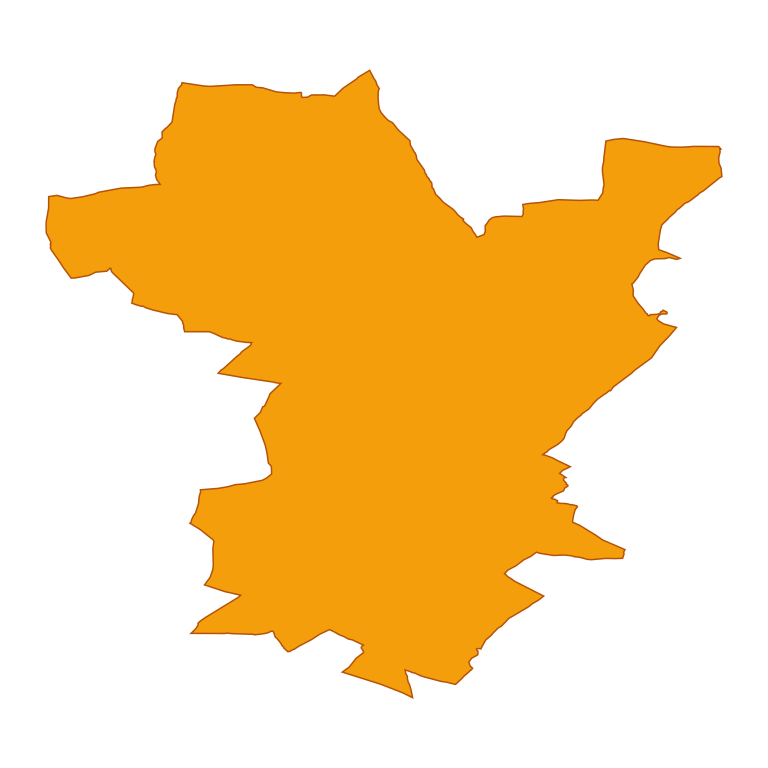 outline of Birkenes nor, Aust-Agder, Norway
{"feature_id": "86288312B11283211528178", "entity_name": "Birkenes nor", "entity_type": "district", "adm_level": 2, "iso_a3": "NOR", "parent_name": "Norway", "parent_adm1": "Aust-Agder", "projection": "equal_earth", "projection_center": [8.204, 58.44], "detail": "fine", "context": "isolated", "style": "filled", "palette": "amber", "viewbox_px": 768, "rotation_deg": 0, "n_neighbors": 0, "source": "geoboundaries", "source_scale": "gbopen_adm2", "svg_char_len": 6072}
<svg xmlns="http://www.w3.org/2000/svg" viewBox="0 0 768 768"><path d="M412.6,697.7L411.1,690.2L409.4,684.3L408.3,682.3L407.5,679.3L407.3,676.2L405.9,673.6L405.1,669.9L410.8,671.8L411.6,672.4L414.9,673.1L420.9,675.9L425.3,677.2L441.5,681.5L445.6,682.0L455.5,684.4L461.9,678.5L463.8,676.3L469.5,671.4L469.8,670.8L471.2,670.0L472.6,668.3L470.9,666.6L470.3,666.4L468.8,662.3L471.5,658.3L477.8,654.8L478.0,651.7L477.8,650.9L476.9,650.3L476.6,648.9L478.3,648.5L480.9,648.9L482.8,645.1L485.8,639.9L491.6,635.0L493.1,633.0L498.5,627.7L501.5,626.1L508.7,618.5L528.8,606.6L532.2,603.8L538.7,600.0L543.7,596.1L514.5,581.2L511.1,578.7L508.0,576.9L505.9,574.7L504.5,573.7L508.0,570.0L516.1,565.7L523.8,559.8L530.6,556.5L536.4,552.2L540.2,553.4L553.7,555.5L563.9,555.0L571.7,555.8L573.9,556.6L579.8,557.3L587.0,559.3L591.2,559.7L605.8,558.4L615.5,558.6L622.6,558.3L624.0,554.1L623.7,552.0L625.0,549.7L602.5,539.9L596.7,535.8L579.6,525.3L572.8,522.3L572.6,520.9L573.7,514.7L575.2,509.6L577.4,506.9L576.8,505.8L571.6,504.6L570.5,504.9L568.7,504.1L565.2,503.5L560.7,503.4L557.0,502.7L557.6,500.8L557.3,500.5L556.3,500.3L555.1,499.3L552.1,498.8L551.5,498.3L551.4,497.9L553.0,496.9L552.8,496.3L555.4,494.5L563.6,490.8L564.7,488.1L567.9,486.1L567.8,485.1L566.2,484.4L566.5,483.4L563.6,480.3L563.4,479.6L564.2,477.8L565.8,477.5L559.6,473.4L562.6,470.4L570.3,466.7L556.1,459.9L553.5,458.3L544.9,455.1L542.8,454.7L544.6,453.2L547.3,451.6L548.1,450.4L549.7,449.2L557.7,444.5L561.8,441.0L564.0,438.5L565.8,433.0L567.0,430.7L571.4,425.8L573.6,421.7L578.0,417.4L580.9,415.3L581.8,414.0L589.1,408.8L593.5,403.3L597.8,399.0L604.3,394.3L606.1,393.3L609.5,390.5L610.4,390.8L613.6,386.7L631.8,373.0L634.8,370.1L651.5,357.9L659.9,345.7L669.5,335.8L676.5,327.5L663.6,323.9L658.3,320.7L656.8,318.6L659.2,315.2L661.7,314.0L665.9,314.0L666.6,313.8L667.2,313.1L667.0,312.4L666.4,311.8L663.0,310.2L662.4,311.1L660.9,311.7L659.6,313.7L657.0,314.3L650.1,314.7L649.4,315.8L647.8,315.3L647.3,314.0L646.0,313.2L643.0,309.0L637.9,303.0L633.2,295.9L633.2,291.3L633.4,290.6L631.9,283.9L633.5,282.8L638.2,276.9L639.7,273.7L645.2,265.2L650.3,260.6L654.6,258.9L664.8,258.6L669.2,257.5L676.5,259.4L680.1,258.3L666.9,252.6L658.7,249.7L658.2,243.8L660.4,229.9L661.9,224.8L667.8,219.2L668.6,218.0L675.1,212.3L677.2,209.6L679.0,208.6L685.0,203.2L688.4,201.8L690.2,200.6L698.2,194.6L699.1,193.4L703.6,190.7L719.5,177.9L721.9,176.5L721.0,167.9L719.0,163.3L718.7,158.4L719.3,154.8L719.9,153.3L720.1,151.2L719.8,149.4L720.9,149.1L718.7,146.6L717.7,146.5L693.3,146.4L688.3,146.9L680.1,147.2L671.5,147.0L666.5,146.4L644.1,141.7L623.5,138.5L613.8,139.4L605.9,141.1L603.8,158.6L603.9,160.5L602.4,167.8L602.5,172.0L604.1,184.8L603.4,187.3L602.7,193.0L598.0,200.3L592.3,200.0L579.5,200.4L558.3,199.7L539.4,202.6L529.5,203.4L522.8,204.5L523.5,209.1L523.1,211.6L523.3,213.7L522.1,216.5L504.0,216.1L495.8,216.8L492.3,217.7L489.2,220.0L486.4,224.3L485.2,225.5L485.2,231.6L484.0,234.6L476.9,237.2L475.0,234.0L473.2,231.7L471.1,227.6L465.7,223.3L462.9,220.3L463.6,219.1L460.7,217.3L457.5,214.5L456.3,212.8L453.3,209.5L443.2,202.2L439.4,197.8L435.7,194.4L433.4,188.8L431.9,187.0L432.1,186.0L431.6,182.6L429.7,180.4L428.9,178.6L426.8,176.3L426.4,174.7L424.9,172.6L424.4,170.1L416.8,159.3L416.2,155.5L415.1,152.9L414.3,152.1L410.3,144.9L410.0,140.8L398.4,130.1L392.5,122.7L388.2,120.4L384.8,117.0L381.6,113.3L379.3,109.1L378.6,104.1L378.1,98.3L378.2,92.2L378.7,89.7L379.3,88.6L377.0,85.0L375.7,81.1L373.8,78.3L369.7,70.3L360.0,76.1L357.7,77.6L357.0,78.7L343.2,88.1L334.6,96.2L324.7,94.9L311.5,95.0L307.4,97.2L302.2,97.4L301.6,96.9L301.4,92.8L300.4,92.4L294.7,93.1L285.9,92.8L276.3,91.9L263.0,87.9L256.0,87.2L252.4,84.8L235.9,84.8L210.3,86.4L203.8,86.0L182.0,82.7L181.6,84.8L178.5,88.4L177.3,92.6L177.2,96.1L177.0,97.4L176.2,98.8L176.0,100.8L174.9,103.9L172.0,122.1L166.8,127.6L165.4,128.5L162.0,132.1L162.3,136.6L161.9,138.3L157.7,141.4L155.0,148.6L154.9,151.5L155.9,154.5L155.0,156.8L154.0,161.1L154.5,161.5L154.2,162.0L154.4,166.4L154.7,167.6L155.5,168.7L156.4,171.6L155.5,175.3L156.7,179.5L160.2,184.4L155.5,184.5L148.9,185.3L141.8,187.1L139.4,187.3L121.6,188.1L117.9,188.7L98.9,192.2L94.7,193.9L82.5,196.8L70.9,198.5L67.1,198.1L56.9,195.4L48.7,196.6L48.6,208.2L46.2,221.7L46.1,226.3L46.3,232.9L50.8,242.0L50.6,242.6L50.9,243.9L50.3,244.2L50.6,245.1L50.4,248.2L51.7,250.5L58.0,259.4L63.7,268.1L71.2,278.1L74.7,278.0L89.1,275.4L95.5,272.2L106.7,271.2L110.0,268.2L110.5,268.2L111.0,268.6L110.9,269.9L112.1,272.3L133.7,293.1L133.1,297.1L132.3,299.4L132.2,302.0L131.7,303.0L135.5,304.6L141.5,306.3L142.7,306.1L146.0,307.8L152.9,310.0L167.5,313.5L177.2,314.7L182.5,321.3L182.7,322.9L183.7,325.4L183.7,328.0L184.7,331.7L209.2,331.7L213.8,333.4L222.3,337.4L225.6,338.1L227.6,338.9L229.7,339.0L236.1,341.0L246.3,342.4L251.4,342.6L250.9,343.0L251.0,344.6L250.5,345.4L242.5,351.2L241.1,352.4L240.6,353.5L237.1,356.2L225.0,367.2L222.5,369.3L221.1,370.0L218.2,373.3L242.4,377.5L273.3,382.1L275.8,382.8L280.9,383.4L269.9,393.9L269.2,396.0L264.6,406.1L262.7,406.8L260.3,412.5L254.4,418.3L259.9,430.8L265.1,444.7L266.9,452.4L268.4,463.2L270.9,465.7L271.4,467.0L271.6,473.8L271.0,474.5L266.4,478.2L262.3,480.3L244.0,483.9L235.5,484.6L228.0,486.7L218.0,488.4L200.4,489.8L200.6,492.0L199.2,496.3L198.5,503.6L195.5,513.1L193.7,515.4L191.9,519.0L191.0,522.1L189.9,523.2L200.3,529.6L213.6,540.3L213.8,542.1L213.1,546.5L212.9,550.1L213.3,564.9L212.8,569.6L210.2,577.2L204.5,584.9L224.9,591.6L240.7,595.2L238.2,597.4L205.7,617.3L200.2,621.1L198.0,623.3L198.1,624.9L196.7,627.4L195.3,629.2L191.0,633.4L224.7,633.5L227.1,633.1L231.3,633.6L253.7,634.3L254.0,634.7L255.0,634.8L264.5,633.6L268.3,632.6L271.6,631.1L272.6,631.2L273.5,631.9L275.4,637.3L276.7,638.1L280.6,643.0L281.6,644.7L281.7,645.3L283.7,647.3L283.8,648.0L287.9,651.7L290.2,651.3L291.8,650.1L294.5,649.1L298.9,646.2L311.3,639.7L319.8,634.2L329.5,629.6L334.5,632.0L338.7,634.5L344.2,636.7L348.3,639.0L352.4,639.9L363.4,645.1L361.5,646.6L361.2,647.9L363.4,651.3L363.5,652.6L356.1,658.3L349.2,667.1L342.3,672.1L380.3,684.1L402.4,692.7L412.6,697.7Z" fill="#f59e0b" stroke="#b45309" stroke-width="1.5"/></svg>